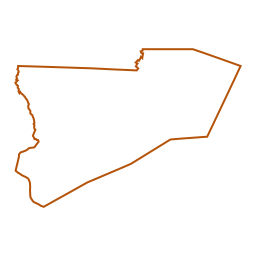 São Gonçalo do Gurguéia, Piauí, Brazil (orthographic projection)
{"feature_id": "56859067B20253198394282", "entity_name": "São Gonçalo do Gurguéia", "entity_type": "district", "adm_level": 2, "iso_a3": "BRA", "parent_name": "Brazil", "parent_adm1": "Piauí", "projection": "orthographic", "projection_center": [-45.45, -10.118], "detail": "fine", "context": "isolated", "style": "outline", "palette": "amber", "viewbox_px": 256, "rotation_deg": 0, "n_neighbors": 0, "source": "geoboundaries", "source_scale": "gbopen_adm2", "svg_char_len": 1425}
<svg xmlns="http://www.w3.org/2000/svg" viewBox="0 0 256 256"><path d="M15.6,170.7L17.7,172.5L19.6,173.6L21.7,175.1L26.6,177.5L28.4,178.8L29.8,182.3L30.0,183.5L30.2,187.7L30.0,189.6L30.3,196.3L30.8,197.9L32.4,200.5L33.7,202.0L38.8,204.4L40.9,205.8L42.3,206.3L43.7,206.8L87.2,182.5L107.7,173.8L115.2,170.6L130.8,163.9L170.4,139.5L179.8,138.7L207.2,136.7L232.9,82.5L240.6,66.0L219.0,58.3L203.4,52.8L192.9,49.2L142.7,49.2L142.5,50.7L140.7,51.4L141.5,53.2L143.1,53.3L142.5,56.5L142.3,58.1L141.0,56.8L140.1,58.9L138.9,60.8L137.9,60.1L135.7,62.5L137.5,63.5L136.7,64.7L135.9,66.5L136.9,67.2L138.2,68.4L137.5,69.4L136.7,70.4L113.3,69.4L91.3,68.3L42.2,66.7L18.1,66.0L18.1,67.7L17.4,69.3L18.2,70.2L18.7,71.9L18.0,73.2L18.0,74.7L16.9,75.2L16.4,76.9L17.0,78.5L16.2,79.8L17.7,80.4L16.5,81.7L15.4,82.7L16.6,84.8L17.9,85.7L17.7,87.7L18.9,89.3L18.5,91.1L19.4,93.1L20.2,91.9L21.4,93.6L22.5,94.3L24.2,96.1L25.1,97.1L26.0,98.8L27.3,100.2L28.1,102.7L28.9,104.1L28.2,105.7L28.4,108.2L29.5,109.7L30.4,111.1L30.3,113.3L31.2,114.3L32.4,115.2L32.8,116.7L33.7,118.7L34.0,120.0L34.2,121.7L34.5,122.9L33.6,124.0L34.5,125.4L34.1,126.7L34.4,128.7L35.4,129.7L34.6,131.5L32.9,135.8L34.0,137.7L34.5,139.1L35.8,138.9L36.8,140.0L38.1,140.1L38.6,141.8L36.9,143.9L35.8,145.3L35.0,146.7L33.7,147.5L30.9,147.8L28.9,148.2L27.6,149.4L26.1,150.4L23.1,151.6L20.8,152.3L19.8,153.3L19.0,154.4L18.9,156.9L15.6,170.7Z" fill="none" stroke="#b45309" stroke-width="2"/></svg>